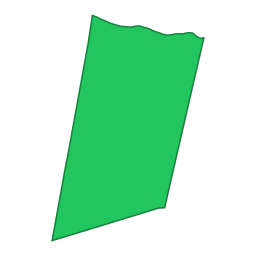 Pedra Grande, Rio Grande do Norte, Brazil (Equal Earth projection)
{"feature_id": "56859067B93684977635333", "entity_name": "Pedra Grande", "entity_type": "district", "adm_level": 2, "iso_a3": "BRA", "parent_name": "Brazil", "parent_adm1": "Rio Grande do Norte", "projection": "equal_earth", "projection_center": [-35.857, -5.148], "detail": "fine", "context": "isolated", "style": "filled", "palette": "green", "viewbox_px": 256, "rotation_deg": 0, "n_neighbors": 0, "source": "geoboundaries", "source_scale": "gbopen_adm2", "svg_char_len": 595}
<svg xmlns="http://www.w3.org/2000/svg" viewBox="0 0 256 256"><path d="M164.7,207.7L168.2,192.1L189.9,98.1L203.9,37.9L200.0,38.3L196.0,36.0L192.7,33.1L189.6,32.7L186.4,33.0L183.0,33.8L178.0,33.8L174.2,34.1L170.6,35.0L166.5,35.1L162.7,34.1L159.1,32.8L155.6,31.7L152.8,30.6L150.0,29.2L146.4,27.9L143.6,27.3L139.6,25.9L134.3,26.4L130.5,27.2L127.6,26.9L124.1,26.5L120.7,26.3L117.6,25.4L114.4,24.5L111.2,23.5L107.9,22.1L104.7,20.7L101.2,19.3L96.9,17.1L92.4,15.4L88.0,44.3L67.4,157.7L66.5,161.4L52.1,240.6L88.6,229.5L158.4,208.1L164.7,207.7Z" fill="#22c55e" stroke="#15803d" stroke-width="1.5"/></svg>